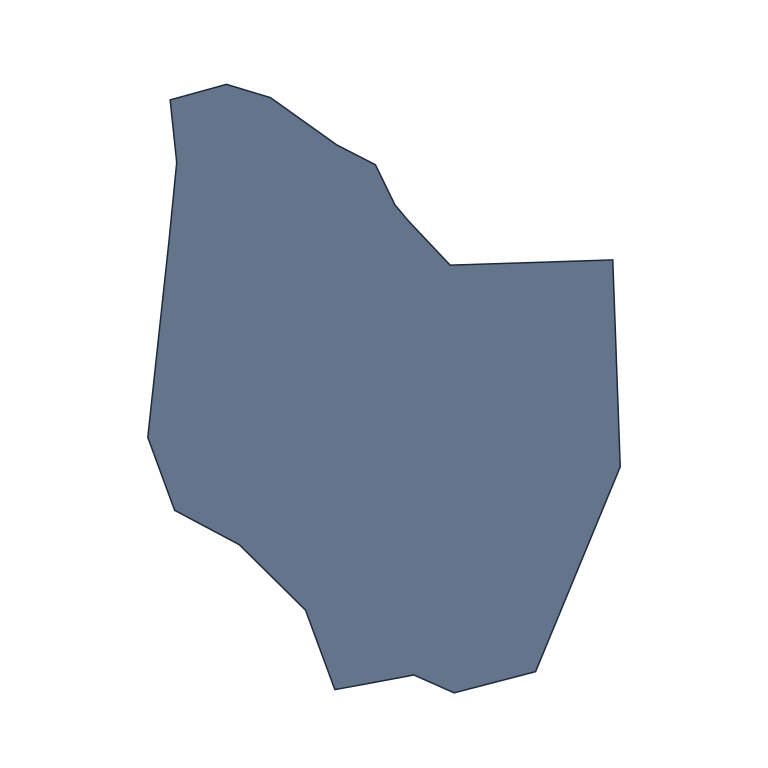 outline of Fria, rotated 84°
{"feature_id": "GIN-5638", "entity_name": "Fria", "entity_type": "Prefecture", "adm_level": 1, "iso_a3": "GIN", "parent_name": "Guinea", "parent_adm1": "", "projection": "mercator", "projection_center": [-13.527, 10.477], "detail": "fine", "context": "isolated", "style": "filled", "palette": "slate", "viewbox_px": 768, "rotation_deg": 84, "n_neighbors": 0, "source": "natural_earth", "source_scale": "10m", "svg_char_len": 431}
<svg xmlns="http://www.w3.org/2000/svg" viewBox="0 0 768 768"><g transform="rotate(84 384 384)"><path d="M284.5,143.5L491.0,157.7L685.9,263.3L698.5,346.5L676.5,384.8L679.6,423.2L682.8,464.8L600.7,485.7L528.7,544.7L487.8,605.4L412.4,624.5L219.8,583.0L142.0,567.0L79.1,567.0L69.5,509.4L87.4,466.9L141.2,406.1L165.1,369.6L207.0,354.4L224.9,342.3L272.7,305.8L284.5,143.5Z" fill="#64748b" stroke="#1e293b" stroke-width="1.5"/></g></svg>